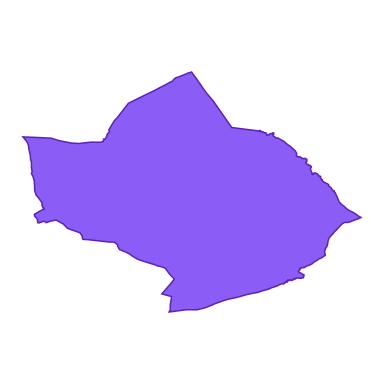 Rollag nor, Buskerud, Norway
{"feature_id": "86288312B57956747563508", "entity_name": "Rollag nor", "entity_type": "district", "adm_level": 2, "iso_a3": "NOR", "parent_name": "Norway", "parent_adm1": "Buskerud", "projection": "natural_earth1", "projection_center": [9.279, 60.016], "detail": "fine", "context": "isolated", "style": "filled", "palette": "violet", "viewbox_px": 384, "rotation_deg": 0, "n_neighbors": 0, "source": "geoboundaries", "source_scale": "gbopen_adm2", "svg_char_len": 5816}
<svg xmlns="http://www.w3.org/2000/svg" viewBox="0 0 384 384"><path d="M348.4,210.0L346.7,208.8L343.9,206.1L343.3,205.8L342.2,204.8L341.1,204.1L340.3,203.0L339.4,202.4L337.4,197.8L337.3,197.1L336.4,195.5L335.1,192.6L334.1,191.7L334.2,191.1L333.5,191.3L330.9,187.6L328.9,186.1L328.5,184.5L323.2,181.6L322.6,181.0L322.4,180.8L322.4,180.4L322.2,180.1L322.3,179.9L322.1,179.8L322.1,179.7L321.4,179.3L321.2,178.7L320.7,178.1L320.5,177.8L320.4,177.6L320.7,176.6L320.4,176.3L318.6,175.8L318.6,175.6L318.7,175.4L317.8,174.6L317.7,174.0L317.5,173.9L317.0,173.8L316.9,173.7L316.2,173.5L316.0,173.3L315.7,173.1L314.8,172.8L314.1,172.9L314.0,173.3L313.4,173.8L313.5,174.0L313.2,174.4L312.6,174.5L312.3,174.4L312.1,173.9L312.0,172.9L311.8,172.3L311.4,171.6L310.6,169.7L310.6,168.7L310.9,167.8L311.4,166.8L311.3,166.5L310.9,166.1L310.2,166.0L310.0,165.8L310.0,165.6L309.7,165.7L308.9,165.4L308.7,164.8L308.3,164.8L308.0,164.5L307.8,164.6L307.6,164.4L307.3,164.4L306.7,163.8L306.1,163.4L306.1,162.9L305.9,162.8L305.8,162.4L306.2,162.3L306.4,162.1L306.6,161.8L306.6,161.6L306.8,161.5L306.7,160.8L307.0,160.0L306.7,159.6L306.7,159.4L306.4,159.0L305.5,158.8L305.0,158.3L304.7,158.4L304.2,158.4L304.0,158.6L303.6,158.8L303.3,158.7L302.8,158.4L301.7,158.2L301.6,157.9L301.3,157.6L299.5,156.7L298.0,156.8L297.4,156.7L297.0,156.4L296.8,156.2L296.8,155.9L296.6,155.8L296.4,155.6L296.7,155.2L296.5,153.5L296.5,153.0L295.1,150.7L290.4,146.4L287.6,144.6L284.1,141.5L277.6,137.9L277.3,137.9L276.2,138.0L275.7,138.0L275.3,137.7L274.8,136.8L273.8,136.3L273.6,136.1L273.1,135.8L273.1,134.6L273.6,134.4L273.7,134.0L273.5,133.8L273.8,133.4L273.8,133.2L273.6,132.9L272.8,132.9L272.2,133.2L271.9,133.5L270.8,133.6L269.9,133.9L269.5,134.2L269.4,134.5L268.4,135.0L268.1,134.8L267.8,134.7L267.5,134.7L267.3,134.9L267.1,134.7L266.7,134.9L266.6,134.4L266.3,134.2L266.1,133.7L266.1,133.1L266.0,132.9L263.9,132.5L263.6,132.2L263.1,132.2L263.0,131.9L262.9,131.8L260.7,131.6L260.9,131.4L260.8,131.1L260.0,130.4L259.1,130.8L259.1,131.0L231.7,127.5L213.6,101.5L206.2,92.7L202.0,86.8L201.9,86.5L198.3,81.5L196.9,79.3L193.4,74.7L191.6,72.0L189.2,72.8L188.4,72.8L187.1,73.5L181.0,76.0L179.2,76.7L176.6,77.5L175.9,77.8L174.1,79.0L173.7,79.4L173.3,80.0L173.2,80.4L172.6,80.9L172.1,81.2L152.9,91.3L144.7,95.2L128.5,103.2L117.6,117.2L116.6,118.3L114.0,121.2L108.8,129.9L109.4,131.4L109.4,131.7L109.1,132.1L108.7,132.8L107.9,133.2L107.5,134.1L107.1,134.4L106.7,135.9L106.4,136.5L106.4,136.9L105.9,138.0L105.4,139.0L103.7,139.0L104.0,139.9L103.2,140.7L103.1,140.9L103.1,141.5L102.8,141.6L102.3,141.8L99.8,142.3L91.7,142.1L85.8,142.7L79.0,143.5L71.1,143.0L61.8,141.2L58.3,140.4L51.4,138.2L37.7,137.5L23.0,136.9L26.7,141.5L27.4,142.7L28.1,144.3L28.5,145.6L28.8,148.5L29.6,152.4L29.9,153.4L30.2,155.0L30.6,159.0L30.6,159.9L31.4,161.8L31.5,166.7L31.4,167.6L31.9,169.9L31.9,170.9L32.1,172.1L31.4,173.4L33.0,176.5L34.3,181.1L34.7,190.6L36.0,194.8L37.5,196.6L41.8,202.4L42.0,203.4L42.1,204.5L42.1,204.9L42.3,205.3L42.2,205.4L42.0,205.5L42.7,206.5L42.7,206.8L42.7,207.0L42.9,207.7L43.1,207.9L43.3,208.1L43.4,208.3L44.0,208.6L43.9,208.3L43.9,208.2L44.2,208.4L44.4,208.7L44.6,208.7L38.6,211.7L37.8,212.3L35.0,214.0L34.4,214.2L34.4,215.0L34.9,216.3L35.5,217.2L36.6,218.1L37.2,219.2L37.3,219.7L37.4,219.8L37.5,220.0L37.6,220.6L37.5,221.4L38.0,222.9L38.7,222.6L39.2,222.9L40.8,222.2L41.6,222.1L42.1,221.6L43.8,221.3L44.4,221.7L44.9,221.6L45.2,221.8L45.3,222.0L46.2,222.3L46.3,222.6L50.7,221.1L53.4,220.6L56.0,220.0L63.4,224.1L67.1,228.0L67.3,228.3L80.0,232.8L82.4,236.5L82.3,238.0L82.9,239.4L88.3,239.7L108.9,242.0L114.0,242.1L115.4,243.0L117.8,245.0L117.7,246.3L119.0,248.6L119.4,249.5L125.8,252.1L130.0,254.3L131.9,255.8L133.5,256.7L134.6,257.5L136.2,258.3L136.8,258.8L137.9,259.3L140.4,260.3L147.9,262.6L150.3,263.4L154.4,264.6L157.0,265.6L157.9,266.1L159.3,266.2L159.9,266.3L162.7,267.2L165.4,268.3L168.9,273.3L174.3,279.1L169.9,284.6L161.8,293.9L171.6,296.6L170.3,304.7L170.2,310.4L169.4,311.2L169.1,312.0L186.7,309.7L196.9,309.8L204.3,308.0L208.0,306.7L212.4,304.9L214.7,303.8L222.7,300.9L227.9,299.3L236.4,297.5L246.7,294.6L252.1,293.4L257.4,292.5L263.4,290.5L267.8,289.4L270.0,288.5L271.4,287.8L272.5,287.4L275.7,286.5L278.2,285.4L279.6,284.6L282.4,283.6L283.2,283.9L283.6,284.0L283.9,283.8L284.3,283.2L285.1,282.8L285.1,282.3L285.5,282.3L285.6,282.1L285.8,282.2L286.1,282.1L286.3,281.9L286.3,282.0L286.5,282.0L286.4,281.9L286.6,281.8L286.5,281.7L286.8,281.7L287.0,281.4L287.4,281.4L287.4,280.9L287.9,280.8L287.7,280.5L287.7,280.4L287.6,280.2L287.8,279.9L288.1,280.0L288.2,280.3L288.7,280.4L289.1,280.3L289.2,280.0L289.8,280.0L290.0,280.1L290.2,279.9L290.3,280.0L290.2,280.2L291.1,280.0L291.5,280.4L291.8,280.4L292.3,280.2L293.0,279.9L292.9,279.7L293.8,279.0L294.2,279.1L294.6,278.9L294.8,279.0L294.8,278.8L295.1,278.6L295.5,278.7L295.8,278.6L295.9,278.4L296.2,278.4L296.5,278.3L297.0,277.8L297.9,277.9L299.0,278.2L301.5,278.3L301.7,278.1L302.4,277.7L303.3,277.7L303.5,277.5L303.4,277.1L303.4,276.7L303.6,276.6L304.0,275.8L303.9,275.6L303.8,275.2L304.0,275.0L301.8,273.6L298.7,272.0L298.4,271.7L298.4,271.4L300.2,269.3L300.0,268.8L300.2,268.3L300.9,267.8L301.2,268.0L301.7,267.9L302.4,267.5L303.7,267.8L304.4,267.6L306.3,266.2L309.6,265.1L310.2,264.7L312.2,263.7L313.7,262.3L314.2,261.9L317.4,260.2L319.0,258.8L321.2,258.1L325.3,255.2L324.8,252.7L324.5,251.4L324.6,251.0L324.8,250.7L325.7,248.2L326.3,247.3L326.8,246.8L327.3,245.4L327.4,244.6L327.7,243.6L327.9,242.2L328.0,241.1L328.9,238.5L330.0,236.9L331.6,235.0L332.5,234.2L333.1,233.3L333.6,233.0L334.0,232.2L336.2,230.3L337.7,228.4L338.0,228.2L340.4,225.6L342.4,223.6L345.1,222.3L347.0,222.5L349.0,222.2L349.5,222.0L351.3,221.4L352.4,220.8L354.3,220.2L358.2,218.8L361.0,217.5L358.1,215.9L356.9,214.8L356.2,214.3L353.6,212.7L351.6,211.5L349.7,210.8L348.4,210.0Z" fill="#8b5cf6" stroke="#5b21b6" stroke-width="1.5"/></svg>